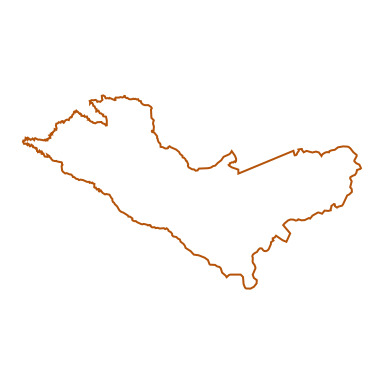 outline of Totoró, Cauca, Colombia
{"feature_id": "7082276B94855321058702", "entity_name": "Totoró", "entity_type": "district", "adm_level": 2, "iso_a3": "COL", "parent_name": "Colombia", "parent_adm1": "Cauca", "projection": "mercator", "projection_center": [-76.469, 2.497], "detail": "fine", "context": "isolated", "style": "outline", "palette": "amber", "viewbox_px": 384, "rotation_deg": 0, "n_neighbors": 0, "source": "geoboundaries", "source_scale": "gbopen_adm2", "svg_char_len": 5905}
<svg xmlns="http://www.w3.org/2000/svg" viewBox="0 0 384 384"><path d="M198.7,255.3L204.7,257.7L208.0,260.1L209.5,264.2L210.3,264.7L215.0,264.9L217.2,266.4L219.5,267.0L220.8,268.4L222.1,272.6L225.8,275.8L226.6,277.2L228.9,275.1L230.2,274.6L240.7,274.6L243.0,277.0L243.6,284.1L245.0,287.6L246.2,288.5L250.5,288.6L253.9,286.8L256.6,283.4L256.8,280.1L253.9,278.0L252.7,274.7L255.4,268.5L255.4,267.3L254.5,264.9L252.9,262.8L252.6,261.6L252.8,257.9L252.3,256.2L252.8,254.8L254.3,253.4L257.0,251.9L258.6,249.5L260.1,248.3L261.9,248.5L263.1,250.2L264.3,251.0L266.0,251.1L267.7,250.3L268.8,249.0L270.8,244.4L271.1,242.1L273.5,240.5L272.6,239.0L272.7,238.3L274.8,237.4L276.0,235.7L282.7,240.3L286.4,241.8L290.2,233.4L283.2,225.1L284.6,223.4L288.1,220.4L290.6,219.5L293.3,219.6L295.9,220.6L297.7,220.1L298.3,219.3L301.5,220.3L304.7,220.1L309.0,218.0L310.1,218.6L312.5,215.6L317.8,212.6L318.6,212.5L322.1,213.7L324.6,210.6L328.3,210.9L330.8,210.3L330.7,208.7L331.2,207.9L331.3,206.1L333.9,204.0L334.7,204.2L335.1,206.3L337.0,207.6L338.5,206.6L342.0,205.7L343.0,204.4L347.2,195.4L349.3,194.4L351.9,191.9L351.7,189.1L350.2,187.2L351.7,181.3L350.2,178.6L350.3,177.3L352.5,175.9L355.1,174.8L356.4,172.7L357.0,170.0L360.3,168.9L361.0,168.2L359.4,164.7L356.2,163.2L354.4,161.3L354.4,160.3L356.7,156.1L356.6,154.9L353.4,152.3L350.3,148.3L348.5,146.9L347.2,146.6L343.2,146.4L338.0,147.3L334.8,149.8L331.3,150.4L329.4,151.2L329.0,152.3L326.7,152.1L324.7,152.8L322.3,154.4L321.5,156.0L318.8,152.4L316.0,151.6L312.4,152.5L306.5,150.9L303.7,152.3L301.9,149.8L301.8,149.0L299.9,149.2L298.6,149.5L298.9,149.8L298.7,151.1L297.5,152.5L296.7,154.5L295.8,155.2L294.7,155.3L293.4,150.8L238.4,173.6L238.3,169.6L231.9,167.4L229.3,165.8L228.7,165.0L229.7,164.5L229.8,163.3L232.1,162.3L233.3,162.5L234.4,161.4L235.4,162.0L236.1,160.9L236.1,158.7L234.9,155.7L231.7,151.1L230.3,153.4L228.8,154.5L223.6,156.8L221.2,160.3L217.6,163.1L215.3,165.6L213.2,166.1L210.8,167.6L208.0,168.2L198.9,168.6L197.6,170.4L195.7,170.7L194.0,169.4L192.2,169.3L188.6,167.3L187.9,165.8L188.2,164.3L186.8,161.1L186.0,160.8L185.4,159.2L183.9,157.7L183.2,157.7L182.5,157.1L182.4,155.7L180.1,154.0L179.1,152.0L176.2,149.6L170.5,147.1L169.7,146.3L168.4,146.9L168.0,148.1L167.4,148.4L165.3,148.5L162.6,147.1L160.6,146.9L160.4,144.2L159.7,143.0L158.8,142.5L157.8,140.1L157.7,138.8L157.1,138.1L157.1,136.2L154.2,132.5L152.2,132.1L151.8,131.1L151.9,130.8L153.6,130.4L153.9,126.5L153.1,124.0L153.1,122.6L153.8,120.3L151.4,117.8L151.0,109.5L151.8,108.3L151.2,107.1L148.3,105.1L144.6,105.1L142.8,104.4L141.1,102.6L140.9,101.2L138.9,100.8L138.1,99.2L136.8,99.5L135.4,98.8L134.4,99.1L133.2,98.7L132.0,99.2L129.9,99.3L128.6,98.9L127.5,97.9L126.6,98.1L125.1,97.2L125.0,96.1L124.3,95.9L123.7,96.9L122.7,97.5L120.3,97.1L119.0,97.6L115.7,97.6L115.1,98.4L115.5,99.9L114.9,100.2L109.5,97.9L109.0,98.5L107.7,98.1L106.0,98.4L105.3,97.8L105.0,96.5L103.2,95.4L101.8,95.8L102.0,98.4L102.5,99.8L100.3,101.8L98.1,101.4L97.3,101.8L96.4,100.3L95.6,99.9L93.2,100.3L91.9,100.1L89.7,101.0L90.1,102.1L90.1,103.5L91.0,102.3L91.5,103.0L92.3,103.0L93.2,104.9L93.2,105.7L94.6,106.4L95.5,108.6L96.5,109.1L96.2,111.6L96.7,111.6L97.5,110.4L98.5,110.7L99.8,113.2L101.3,113.5L102.6,114.7L103.1,114.7L103.0,115.7L103.4,116.3L106.0,116.7L106.8,120.5L106.8,125.3L105.8,125.5L105.0,124.1L102.4,123.2L101.5,122.0L97.2,122.2L95.4,123.3L93.1,122.8L92.5,121.9L91.8,121.9L89.9,120.9L89.7,120.3L88.4,119.9L89.1,119.3L89.0,118.9L87.3,118.2L87.0,116.6L84.8,116.8L84.3,115.6L83.5,116.1L81.4,115.8L81.3,114.4L80.3,113.5L80.0,113.6L80.2,114.1L79.8,114.0L77.9,111.9L76.9,111.8L77.1,111.3L76.3,110.6L75.3,112.2L74.5,111.5L74.1,111.7L73.6,113.8L72.3,115.1L71.8,117.0L71.2,117.4L70.7,117.1L69.5,118.2L68.8,120.1L67.0,119.6L65.5,120.3L63.7,122.8L63.1,122.4L62.9,121.2L62.3,121.0L61.3,121.5L60.6,122.7L58.8,122.2L57.7,123.4L56.3,123.7L55.9,125.6L56.6,128.3L56.3,129.7L54.7,129.1L54.7,130.6L53.2,131.8L52.9,132.6L52.0,132.8L52.1,133.9L51.7,133.6L51.3,134.5L50.7,134.1L50.6,135.1L49.4,135.4L50.3,136.4L50.3,137.9L49.3,137.7L48.8,138.6L47.8,138.8L47.5,140.4L46.8,140.4L46.5,139.4L45.8,139.7L45.5,140.4L44.7,139.8L44.0,140.4L39.4,139.5L38.1,139.7L35.3,138.2L34.9,138.3L34.2,140.1L32.6,138.5L31.6,139.5L30.8,139.4L30.4,139.8L28.8,138.5L28.1,139.3L28.1,137.9L27.6,137.6L26.8,138.0L26.4,138.9L25.6,138.1L25.3,140.3L23.4,140.6L23.7,141.4L23.0,141.9L24.1,143.9L25.9,143.6L27.3,144.9L27.7,143.6L29.0,144.4L29.1,145.2L29.9,146.3L30.6,146.0L31.3,144.7L32.9,145.8L32.7,146.7L33.0,147.2L34.6,147.5L35.7,148.5L35.9,148.2L35.3,147.5L36.7,148.3L37.0,151.0L38.0,151.3L38.0,152.1L38.7,151.9L39.4,150.8L40.0,152.0L40.9,151.3L41.6,151.3L42.0,152.0L41.5,153.7L42.1,154.0L43.4,153.5L44.7,156.5L47.6,156.9L47.9,156.3L47.4,154.8L49.5,156.2L49.7,157.3L51.0,158.1L51.4,159.2L52.9,160.6L55.1,161.1L56.4,160.9L57.2,161.5L61.6,162.3L62.0,163.0L62.0,164.2L62.5,164.8L61.6,166.1L62.1,170.5L63.1,171.9L65.3,173.5L66.7,173.1L69.4,174.3L71.1,174.5L72.5,175.8L72.9,177.0L74.2,177.1L76.3,178.9L77.7,179.0L79.0,180.1L80.5,179.6L83.1,180.1L87.1,181.9L89.5,181.9L89.7,182.8L90.8,182.6L91.8,183.1L92.5,182.7L93.1,183.5L94.4,183.9L94.2,187.2L94.9,187.7L95.8,187.6L96.7,189.4L98.3,188.9L99.0,189.1L98.6,190.7L99.0,191.3L99.7,191.5L100.8,190.4L102.6,192.9L105.1,194.4L106.2,194.0L109.5,194.7L111.2,197.7L112.3,198.9L112.4,200.6L113.0,202.0L114.0,202.7L115.0,204.4L117.0,206.2L119.5,210.5L121.3,211.9L123.5,212.7L127.9,215.5L128.4,216.6L129.9,216.6L132.4,218.4L132.2,219.8L132.6,220.4L134.5,221.2L135.8,221.1L137.1,222.2L141.3,224.1L142.6,224.3L143.7,223.9L146.9,224.7L148.0,225.4L149.1,224.9L150.4,225.2L150.7,225.6L150.5,226.1L152.2,227.4L154.6,227.2L155.7,228.1L157.6,227.8L159.7,228.5L163.9,228.2L165.2,229.1L166.6,228.3L168.1,229.6L168.6,230.9L171.0,232.3L172.1,233.8L172.2,235.3L173.2,236.4L176.3,237.0L178.2,238.8L179.8,239.4L180.6,241.7L183.6,244.0L184.9,245.9L185.6,247.9L190.7,251.2L193.8,254.6L198.7,255.3Z" fill="none" stroke="#b45309" stroke-width="2"/></svg>